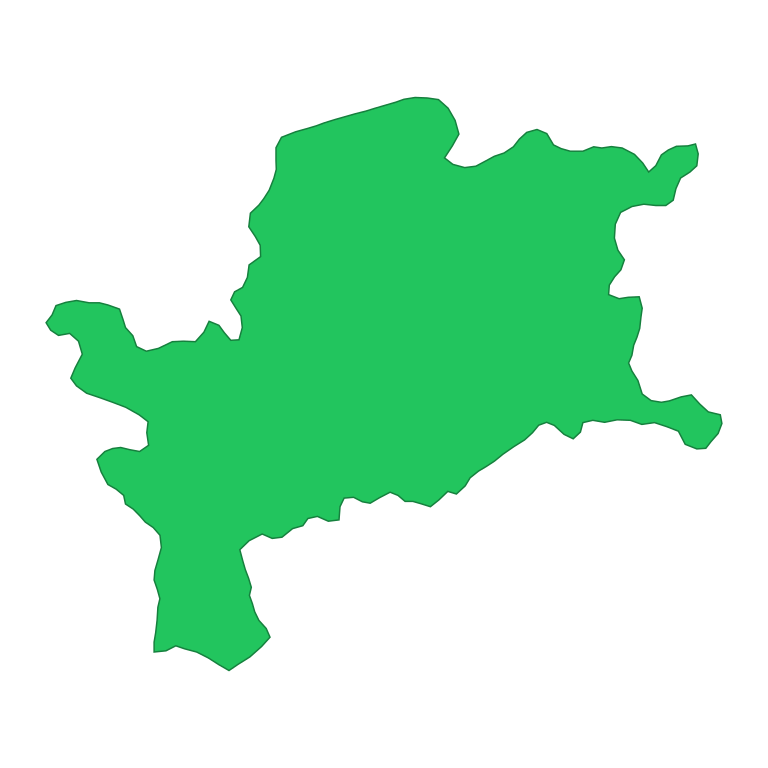 the district of Maravilhas, Minas Gerais, Brazil
{"feature_id": "56859067B58643809104177", "entity_name": "Maravilhas", "entity_type": "district", "adm_level": 2, "iso_a3": "BRA", "parent_name": "Brazil", "parent_adm1": "Minas Gerais", "projection": "mercator", "projection_center": [-44.67, -19.514], "detail": "fine", "context": "isolated", "style": "filled", "palette": "green", "viewbox_px": 768, "rotation_deg": 0, "n_neighbors": 0, "source": "geoboundaries", "source_scale": "gbopen_adm2", "svg_char_len": 3146}
<svg xmlns="http://www.w3.org/2000/svg" viewBox="0 0 768 768"><path d="M695.5,144.0L687.9,145.9L676.4,146.3L668.3,150.0L661.4,154.9L655.8,165.7L648.7,172.0L642.7,163.0L634.5,154.4L622.2,148.0L611.4,146.6L601.8,148.0L593.7,146.8L582.9,151.2L570.2,151.2L561.1,148.6L553.5,144.9L546.8,133.6L537.0,129.5L526.7,132.4L519.4,139.1L513.4,146.8L504.1,153.0L494.3,156.3L486.2,160.7L475.9,166.2L464.7,167.6L452.9,164.4L444.5,157.9L452.4,145.8L458.9,134.1L455.1,120.4L448.1,108.2L438.5,99.6L427.4,98.0L415.1,97.5L403.9,99.3L396.1,102.1L385.5,105.2L375.2,108.2L365.9,111.1L355.6,113.7L345.8,116.5L335.2,119.5L324.2,122.9L316.1,125.9L306.7,128.7L295.6,131.8L281.5,137.3L276.0,147.7L276.0,160.7L276.3,169.4L273.9,178.3L269.2,190.2L263.7,198.8L258.9,205.1L250.4,213.2L248.8,226.8L255.4,236.7L260.2,245.3L260.6,256.6L249.1,264.9L247.4,277.4L242.6,287.4L234.6,291.8L230.8,299.9L236.3,308.7L241.0,316.0L242.3,327.6L239.0,339.8L230.8,340.3L224.3,332.7L218.9,325.3L209.1,321.3L203.9,332.2L195.4,341.7L183.5,341.2L172.3,341.7L158.4,348.4L146.3,351.2L136.6,346.6L132.8,335.7L125.5,327.6L123.0,319.5L119.5,309.1L108.0,305.0L99.4,302.8L89.1,302.8L76.5,300.5L65.7,302.4L56.0,305.6L52.1,314.9L46.1,322.7L50.7,330.2L58.5,335.4L69.7,333.4L78.5,341.2L82.3,354.2L75.2,367.8L70.8,378.2L76.5,385.9L86.6,393.2L99.9,397.7L112.7,402.3L125.8,407.3L139.1,414.8L148.1,421.7L146.8,432.7L148.6,445.3L139.6,451.5L129.8,449.7L120.7,447.5L112.7,448.5L104.9,451.5L96.9,459.3L101.2,472.0L107.9,484.5L116.2,489.2L123.7,495.4L125.5,504.0L133.1,509.0L139.9,515.9L145.4,522.2L153.2,527.5L160.0,535.3L161.4,547.6L158.2,559.2L154.9,570.5L154.1,580.0L157.4,589.6L159.9,598.7L157.9,607.2L157.1,620.2L155.7,632.6L154.1,642.1L154.1,652.0L166.0,650.8L175.8,645.8L184.6,648.8L196.6,652.0L208.1,657.8L218.9,664.7L229.0,670.5L238.1,664.3L249.9,656.9L261.6,646.5L270.0,637.2L266.2,628.5L258.9,620.4L254.7,611.8L252.4,603.7L249.4,595.4L251.3,587.3L248.6,578.3L245.3,569.6L242.8,561.0L239.8,549.7L249.1,540.7L262.2,534.0L272.2,538.4L282.0,537.2L292.6,528.6L302.8,525.7L307.9,518.5L317.4,516.4L328.3,521.2L339.0,519.9L340.0,506.7L344.1,498.1L353.6,497.3L362.4,501.8L370.2,503.2L379.5,497.7L390.1,492.2L398.0,495.4L405.1,501.4L412.9,501.4L420.9,503.7L430.4,506.7L438.8,500.0L447.8,491.4L456.4,494.0L465.2,485.9L470.1,477.8L478.5,471.1L487.0,466.0L494.6,461.0L502.8,454.3L513.9,446.6L524.6,439.9L532.5,432.7L538.7,425.2L546.6,422.3L554.3,425.4L564.1,434.4L573.2,438.8L580.4,432.1L582.9,422.6L592.8,420.3L604.6,422.3L617.1,419.8L630.4,420.3L641.8,424.4L654.5,422.6L666.9,426.7L678.4,431.2L685.2,444.3L696.8,448.9L705.8,448.3L711.0,441.6L718.1,433.5L721.9,423.5L720.3,414.8L708.3,411.9L699.8,404.1L691.4,394.9L681.1,396.9L669.4,400.9L661.4,402.3L651.1,400.6L642.2,394.0L637.9,380.5L631.9,371.0L628.6,363.0L631.9,355.3L633.7,345.2L637.0,337.1L639.7,328.5L641.0,316.7L642.2,308.2L639.2,296.8L628.2,297.3L619.1,298.7L608.6,294.6L609.3,285.1L614.6,276.8L620.9,269.8L624.4,259.8L617.9,250.2L614.4,238.1L615.3,224.2L620.6,212.4L632.0,206.5L643.8,204.2L655.8,205.5L665.8,205.5L673.2,200.2L675.9,188.7L680.6,178.0L690.0,172.0L696.8,165.8L698.2,153.9L695.5,144.0Z" fill="#22c55e" stroke="#15803d" stroke-width="1.5"/></svg>